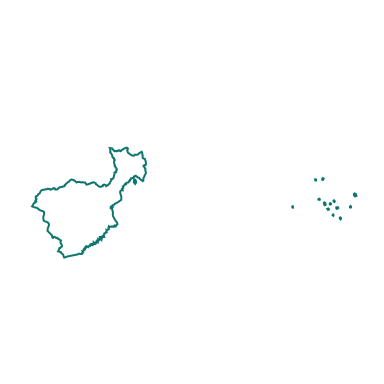 Mamuju, Sulawesi Barat, Indonesia (Mercator projection), rotated 166°
{"feature_id": "22746128B65468173429736", "entity_name": "Mamuju", "entity_type": "district", "adm_level": 2, "iso_a3": "IDN", "parent_name": "Indonesia", "parent_adm1": "Sulawesi Barat", "projection": "mercator", "projection_center": [119.254, -2.427], "detail": "fine", "context": "isolated", "style": "outline", "palette": "teal", "viewbox_px": 384, "rotation_deg": 166, "n_neighbors": 0, "source": "geoboundaries", "source_scale": "gbopen_adm2", "svg_char_len": 6057}
<svg xmlns="http://www.w3.org/2000/svg" viewBox="0 0 384 384"><g transform="rotate(166 192 192)"><path d="M336.3,166.8L333.7,165.3L333.7,164.5L332.2,162.5L332.0,159.4L331.4,159.2L328.8,159.6L318.4,159.1L317.7,159.1L317.0,159.5L316.5,159.3L315.9,159.3L314.5,158.6L313.5,158.6L312.4,159.7L312.6,159.9L312.3,160.0L312.2,160.3L312.4,160.9L312.0,160.7L311.9,161.2L311.1,162.0L310.9,161.9L310.9,162.3L310.5,162.3L310.4,162.7L309.7,162.3L309.3,162.8L309.5,163.0L309.1,163.1L309.2,163.4L309.0,163.5L309.3,163.7L308.3,164.9L307.4,164.7L306.8,164.2L306.8,164.6L306.6,164.5L306.5,164.1L306.0,164.1L305.8,163.8L304.9,164.5L304.7,164.4L304.2,164.8L303.9,164.6L303.8,164.9L303.3,164.9L303.4,165.1L302.7,165.1L302.0,164.7L301.3,164.9L301.4,165.1L301.1,164.6L300.8,164.9L300.9,165.1L300.6,165.3L300.8,165.5L300.4,165.4L300.7,165.7L300.2,165.6L300.1,166.1L299.5,166.4L299.4,166.1L299.4,166.5L299.2,166.4L299.2,166.6L298.5,165.7L297.8,166.2L297.6,165.9L297.4,166.1L297.4,165.8L296.8,165.9L296.9,165.7L296.5,166.2L296.6,166.4L296.2,166.1L296.2,166.8L295.9,166.6L295.8,167.0L295.4,166.6L295.3,167.1L294.8,167.5L294.6,167.5L294.8,168.1L294.4,168.1L294.6,168.3L294.3,168.4L294.6,168.4L294.3,168.5L294.3,168.8L294.0,168.5L293.8,168.7L293.6,168.4L293.3,168.8L293.5,168.2L293.0,168.5L292.9,168.5L292.8,168.9L292.2,168.5L292.2,168.8L291.6,167.8L291.5,168.4L291.0,168.5L291.1,169.0L290.9,169.2L290.9,169.4L290.5,169.3L290.0,169.6L290.3,169.8L290.0,169.9L290.2,170.1L289.8,170.0L290.0,170.3L289.8,170.6L289.6,170.4L288.9,171.0L288.3,170.5L288.4,171.1L288.0,171.7L287.4,171.8L287.2,173.0L284.5,173.5L284.5,173.9L284.9,174.1L284.4,174.7L284.2,175.6L284.0,175.3L281.6,176.1L281.8,177.4L280.9,178.8L280.4,177.9L278.4,178.1L278.0,177.6L277.5,177.5L276.8,177.8L276.1,177.1L275.4,177.4L275.1,178.2L274.7,178.1L274.8,177.2L274.4,177.0L273.4,178.1L272.2,178.7L272.1,179.8L272.2,180.7L273.5,183.8L274.5,188.0L274.0,190.6L273.6,191.2L273.7,194.6L273.0,196.2L272.7,196.4L273.1,196.6L273.2,196.3L274.6,195.7L274.9,196.1L274.7,196.7L274.2,197.5L272.7,197.6L272.3,198.4L270.4,198.6L269.6,199.3L266.7,199.9L262.6,201.5L261.7,204.3L261.9,208.5L261.5,210.0L259.9,210.9L258.9,210.4L258.8,211.1L259.2,211.3L259.0,211.5L259.1,212.1L257.7,212.7L257.9,213.8L257.0,214.5L256.6,214.5L255.6,215.5L255.5,215.3L254.1,215.4L253.9,216.5L253.2,216.9L251.9,216.6L251.2,216.7L250.1,218.1L249.3,218.0L249.1,219.0L247.8,219.5L247.7,220.0L245.8,219.9L244.6,220.6L244.6,221.0L243.1,221.5L242.6,221.4L242.4,220.6L241.6,220.2L241.1,219.2L239.9,218.6L239.3,217.1L237.2,214.5L236.5,214.7L235.9,217.0L234.3,218.8L233.9,219.8L233.1,220.2L232.0,222.0L232.1,224.1L231.6,225.9L231.6,226.3L232.0,226.4L232.3,228.0L232.8,228.7L232.7,229.2L231.7,229.6L230.6,229.3L230.3,229.5L229.8,230.8L229.5,233.0L229.8,235.5L231.5,236.7L231.5,237.8L231.0,239.5L231.1,240.6L230.9,241.6L231.1,243.2L233.5,242.5L235.6,241.4L237.3,241.6L238.5,242.1L239.5,241.3L240.6,241.5L242.0,242.5L244.6,245.6L244.8,247.3L244.7,248.3L244.1,248.8L243.7,249.7L244.4,250.1L244.4,250.6L245.5,250.9L248.3,250.3L250.1,249.6L251.3,248.8L252.1,249.4L252.1,249.8L252.8,250.2L253.6,249.8L254.3,250.1L255.2,249.7L255.7,250.3L257.2,250.2L258.5,252.4L258.8,253.5L261.1,254.5L260.9,253.4L261.3,252.2L261.3,251.1L261.8,250.4L260.8,248.1L260.5,246.4L260.8,245.2L260.3,244.3L259.5,243.7L259.7,242.7L259.2,241.7L259.7,241.5L260.4,240.0L260.6,238.4L260.3,236.9L260.8,236.1L260.7,235.6L260.3,235.3L259.4,232.4L260.1,231.6L260.0,231.1L260.7,230.5L260.8,229.6L262.5,229.7L262.8,228.3L265.0,224.3L266.8,223.8L267.3,224.0L267.5,222.8L269.2,221.3L269.7,220.3L271.5,219.4L272.1,218.8L273.1,219.0L273.9,218.5L274.3,219.8L275.6,220.5L276.6,220.4L277.1,219.3L278.0,219.2L278.6,219.4L279.1,219.1L280.4,219.4L282.0,221.2L282.3,221.9L283.3,222.8L283.3,223.7L284.9,225.2L285.9,225.3L287.0,225.0L287.4,225.3L289.3,224.7L289.7,224.9L291.0,224.6L292.6,224.7L293.4,227.1L294.5,227.3L296.0,228.1L296.9,227.9L298.5,228.9L300.7,229.4L301.7,229.2L303.2,231.6L303.8,231.8L304.0,232.2L305.8,233.3L307.3,233.0L309.2,231.6L309.9,231.6L313.7,229.6L313.6,229.2L314.3,228.5L315.4,228.4L316.1,228.7L317.1,228.3L319.2,228.7L319.5,228.3L320.7,227.9L322.2,227.1L324.1,227.5L324.1,228.6L325.7,229.3L326.3,228.8L328.5,228.4L328.9,228.6L329.3,229.5L330.6,229.7L331.2,230.1L331.8,229.8L332.8,229.8L333.4,230.1L335.2,230.0L336.9,230.3L338.4,229.6L340.2,227.5L342.0,226.9L342.8,225.8L344.7,225.5L345.0,224.6L344.6,223.1L345.0,222.8L344.9,222.4L345.7,222.0L346.2,221.3L345.7,221.1L345.4,220.4L347.0,219.5L348.3,219.3L349.1,218.2L350.6,216.8L348.9,215.4L346.3,214.1L343.9,211.1L341.2,209.3L340.5,208.6L340.6,206.8L342.4,203.6L342.9,200.5L342.4,199.6L339.3,197.4L338.6,195.9L338.9,194.1L340.7,191.7L341.6,189.3L338.2,183.5L338.6,182.1L338.4,181.5L337.9,181.1L337.0,181.8L336.2,181.8L335.1,180.4L334.1,180.3L334.0,179.8L333.5,179.6L333.5,179.1L332.7,178.8L332.4,178.1L330.9,176.6L331.9,174.9L331.1,171.8L331.4,170.6L333.7,169.8L333.7,169.5L334.3,169.5L335.6,167.4L336.3,166.8ZM244.9,218.4L245.6,217.1L245.7,216.0L246.1,215.7L245.2,213.6L243.9,214.7L243.7,215.7L243.8,216.9L244.2,217.5L244.9,218.4ZM34.8,148.2L33.4,148.5L33.6,150.5L34.6,151.3L35.5,150.8L35.5,149.2L34.8,148.2ZM66.4,149.8L66.8,149.0L66.5,147.1L65.6,147.1L65.2,147.9L65.3,148.9L65.9,149.9L66.4,149.8ZM56.0,141.6L55.6,140.6L54.1,140.8L53.9,141.7L54.2,142.0L55.7,142.2L56.0,141.6ZM54.8,131.4L55.0,130.8L54.6,129.5L54.0,129.8L53.7,130.5L54.3,131.5L54.8,131.4ZM62.3,173.6L62.6,172.2L62.0,172.0L61.0,173.1L61.7,173.9L62.3,173.6ZM57.0,149.0L56.7,148.2L56.2,147.8L55.7,148.5L56.0,149.4L56.4,149.6L57.0,149.0ZM61.1,147.5L61.3,146.6L60.8,146.3L60.1,146.5L60.0,147.2L60.4,147.8L61.1,147.5ZM64.8,142.9L64.3,141.7L63.3,141.9L63.4,142.6L63.8,143.1L64.8,142.9ZM42.3,139.6L42.4,138.8L42.0,138.5L41.4,138.6L41.2,139.4L41.6,140.1L42.3,139.6ZM71.2,154.1L70.6,153.6L69.9,153.6L69.7,154.1L70.1,154.7L70.8,154.7L71.2,154.1ZM69.5,174.5L69.5,173.3L68.9,173.1L68.5,173.6L68.8,174.4L69.5,174.5ZM98.2,153.7L98.4,152.7L97.9,152.4L97.6,153.0L97.7,153.8L98.2,153.7ZM60.8,136.1L61.2,135.4L60.6,134.7L60.2,135.3L60.4,136.1L60.8,136.1Z" fill="none" stroke="#0f766e" stroke-width="2"/></g></svg>